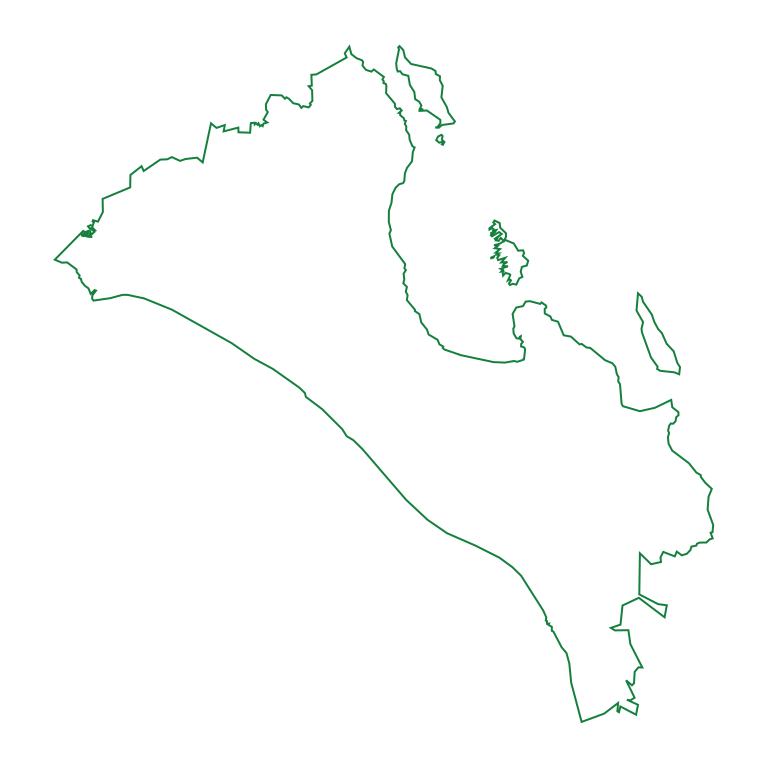 La Paz, Baja California Sur, Mexico
{"feature_id": "50627088B19134439985606", "entity_name": "La Paz", "entity_type": "district", "adm_level": 2, "iso_a3": "MEX", "parent_name": "Mexico", "parent_adm1": "Baja California Sur", "projection": "orthographic", "projection_center": [-110.497, 24.115], "detail": "fine", "context": "isolated", "style": "outline", "palette": "green", "viewbox_px": 768, "rotation_deg": 0, "n_neighbors": 0, "source": "geoboundaries", "source_scale": "gbopen_adm2", "svg_char_len": 6009}
<svg xmlns="http://www.w3.org/2000/svg" viewBox="0 0 768 768"><path d="M93.5,300.6L110.1,298.2L122.4,294.9L127.7,294.9L144.1,298.4L171.8,309.6L231.6,343.1L254.4,358.9L273.0,369.0L299.3,387.6L304.9,393.0L305.9,396.9L322.1,409.1L342.2,429.1L346.7,436.2L353.5,440.3L362.6,449.3L406.1,499.8L427.5,519.8L447.0,533.2L475.2,545.5L499.3,557.6L512.3,567.1L521.1,575.7L543.2,610.5L546.3,617.4L545.8,620.6L546.9,621.0L547.1,623.8L549.0,623.6L548.4,624.8L551.8,626.8L551.8,630.8L553.4,631.6L561.7,647.4L566.5,653.1L569.3,663.4L571.2,682.7L581.6,721.9L604.2,713.6L618.1,703.0L617.4,711.3L619.0,712.2L620.4,706.5L636.1,714.7L638.0,704.8L626.9,699.7L630.3,700.4L634.6,697.7L626.1,680.3L632.0,685.3L634.0,683.3L634.7,671.8L638.5,667.3L642.3,667.5L630.4,644.2L628.4,630.2L614.9,630.4L610.9,627.9L620.5,624.6L622.5,605.5L638.8,597.8L664.6,617.3L666.8,605.3L658.0,604.1L639.3,594.4L639.9,553.3L651.1,564.2L661.0,562.0L660.5,557.4L663.3,551.9L674.8,556.4L676.8,551.6L681.8,555.3L686.8,553.8L690.4,550.1L691.4,546.6L696.3,545.6L697.0,543.7L699.5,542.6L706.4,542.5L709.6,539.4L712.7,538.4L710.6,532.7L712.5,532.2L713.2,525.0L707.6,509.6L708.6,496.7L711.8,488.9L705.3,482.8L701.0,477.2L700.6,475.0L696.4,472.6L688.9,463.2L672.2,450.6L668.6,443.7L667.9,437.1L669.1,433.1L668.1,430.6L669.1,425.9L670.8,423.5L673.2,423.7L675.6,421.1L676.2,417.2L678.5,415.2L678.4,412.1L672.3,407.3L671.2,399.9L654.9,407.8L639.9,411.2L622.9,406.2L621.6,403.7L620.0,384.1L618.2,381.4L618.6,377.0L616.9,374.3L615.3,366.8L612.4,363.3L605.1,360.2L590.2,347.9L586.5,347.5L581.7,343.9L579.6,344.4L570.9,336.6L563.7,335.3L558.0,321.7L551.9,319.9L550.4,316.5L544.8,313.5L544.7,308.9L546.3,307.5L546.1,305.7L541.5,302.4L540.2,303.9L530.0,301.2L525.6,301.6L523.0,306.1L516.3,307.5L512.6,313.9L514.5,326.5L513.3,328.5L513.7,333.6L516.5,338.3L519.1,338.6L519.8,336.8L520.8,336.2L520.4,339.1L522.9,341.8L521.2,343.9L521.1,346.4L524.3,347.5L525.1,349.4L524.0,359.6L523.6,358.0L523.6,359.7L517.3,361.8L514.0,361.0L504.9,362.6L493.5,362.1L461.0,355.2L444.4,349.5L442.7,347.9L443.2,346.5L439.5,344.4L437.6,339.8L428.6,334.5L427.0,329.6L421.3,322.5L419.4,314.1L414.9,311.1L415.0,309.8L406.9,300.1L407.6,295.1L405.8,291.7L406.9,286.9L403.3,283.3L404.3,279.6L403.6,273.7L405.9,270.1L404.4,268.2L405.2,264.1L392.2,246.5L389.4,233.5L390.9,230.2L388.8,221.9L388.9,210.7L391.5,202.7L392.4,194.2L395.6,187.7L399.1,184.3L403.1,183.1L404.3,181.1L404.9,173.4L407.0,167.9L412.0,161.3L412.8,152.3L414.6,147.4L412.3,146.1L409.6,139.5L409.2,134.8L406.1,130.1L406.3,126.5L404.8,123.8L405.9,120.9L404.4,120.5L403.9,118.3L400.2,115.2L400.2,113.1L398.9,112.9L401.7,110.5L399.8,108.3L396.9,109.1L395.0,106.7L394.9,103.7L386.1,93.2L386.4,85.8L385.7,83.8L383.5,83.1L383.8,81.3L382.4,79.5L383.9,77.0L373.8,69.5L371.4,71.6L366.0,69.9L362.5,65.6L363.1,61.9L361.9,60.2L356.6,58.2L351.4,54.2L349.3,46.7L344.8,53.3L346.6,57.5L316.4,74.4L311.4,74.8L311.8,85.7L308.7,86.2L312.1,90.2L312.4,100.9L309.9,103.5L310.8,104.9L308.7,107.4L303.2,106.1L301.3,107.9L299.0,104.5L293.2,103.2L289.0,98.8L286.4,97.3L284.9,98.7L281.8,95.4L270.7,95.0L265.9,104.2L266.1,109.7L267.8,112.1L263.5,119.7L267.3,122.5L263.4,123.6L262.7,126.1L261.2,125.1L259.8,126.2L258.5,123.3L257.5,124.7L256.0,123.1L254.7,124.4L254.5,122.7L250.8,123.2L250.1,132.7L238.5,132.3L238.3,127.6L223.7,131.4L224.8,125.1L216.5,127.9L211.0,123.3L202.7,162.4L197.1,157.7L185.6,159.0L180.1,160.9L171.8,157.1L167.3,159.3L160.3,159.6L143.7,171.0L141.6,166.2L130.4,175.0L130.2,187.4L102.6,198.9L102.9,211.9L98.0,221.6L93.0,220.2L92.6,221.6L93.9,222.4L92.5,226.2L90.8,225.1L88.0,226.3L90.0,228.9L93.0,230.2L91.5,228.1L92.6,227.8L95.2,230.5L93.5,231.0L94.3,231.9L91.4,234.7L89.4,234.4L90.1,236.2L91.3,235.9L89.7,236.8L92.3,237.0L89.4,236.9L84.7,235.8L83.3,236.1L84.0,236.5L82.5,235.8L81.9,234.9L81.9,233.9L82.0,234.9L83.1,234.1L83.1,235.5L83.4,233.6L85.4,234.1L84.6,234.6L85.9,235.6L87.5,235.4L86.5,233.7L87.7,232.7L90.3,234.2L90.8,233.3L90.2,231.4L88.7,230.8L85.0,232.1L83.2,230.9L54.8,259.7L61.9,262.7L67.1,262.4L76.6,269.5L76.7,272.1L79.6,275.4L79.0,277.9L81.0,278.9L81.6,281.7L84.8,285.7L88.5,288.4L90.7,293.9L94.6,290.1L96.0,290.6L92.4,295.3L92.1,298.6L93.5,300.6ZM399.5,46.1L398.2,47.5L399.0,49.4L396.2,63.3L396.7,68.5L397.7,71.5L400.1,71.2L402.5,74.3L408.3,75.8L409.9,85.0L414.3,91.9L415.2,99.2L419.2,101.7L421.4,105.6L420.0,108.5L423.2,109.6L419.5,109.9L419.5,110.9L426.9,110.5L440.3,119.8L440.4,123.2L437.5,127.0L435.3,127.6L438.8,127.7L442.0,125.0L453.6,123.4L454.9,121.4L448.5,112.9L446.9,107.2L441.4,97.4L442.7,85.8L439.8,80.1L440.0,76.3L435.7,73.9L435.6,71.1L431.5,68.5L411.1,64.0L405.0,57.4L403.3,50.1L399.5,46.1ZM679.2,374.3L680.0,367.1L677.3,362.9L673.7,351.3L666.6,343.7L661.9,333.1L658.1,329.0L654.2,321.7L651.9,314.7L643.0,301.7L641.7,296.8L638.0,293.3L636.5,310.6L643.1,322.1L641.5,328.7L642.0,332.5L651.0,357.5L657.6,366.7L657.1,368.9L660.2,370.8L674.3,372.3L679.2,374.3ZM513.8,243.5L505.7,240.1L499.3,243.9L494.1,245.2L497.7,246.0L494.8,248.2L500.0,249.1L496.0,252.4L497.2,252.3L496.6,253.6L498.6,253.5L496.8,254.7L499.2,255.3L497.2,257.7L498.1,260.1L505.2,257.8L501.2,262.5L507.4,262.0L503.8,264.1L502.8,266.0L508.0,266.3L500.6,268.8L502.7,269.8L501.3,271.5L504.3,270.8L502.6,271.8L503.1,275.6L505.5,272.9L509.5,274.1L510.3,275.0L508.0,280.3L509.6,279.3L511.0,280.4L508.9,283.6L510.0,285.0L512.8,283.8L516.3,284.6L519.2,278.4L522.4,276.9L520.7,271.8L521.9,266.9L526.8,265.5L528.2,260.7L522.8,255.8L524.1,253.2L523.1,250.3L518.2,250.7L513.8,243.5ZM499.7,223.1L494.5,220.5L493.3,222.4L495.1,224.1L489.4,228.3L489.5,229.6L492.1,228.1L493.6,229.2L493.1,230.6L496.3,230.0L494.9,232.1L490.4,233.2L492.7,233.7L490.9,235.3L491.9,236.3L499.1,232.1L501.7,234.0L494.2,239.2L497.3,238.3L496.0,240.4L498.7,240.8L500.7,237.9L503.8,241.1L506.0,236.9L505.9,233.2L500.2,227.7L499.7,223.1ZM442.6,136.0L441.4,134.8L438.0,136.6L436.2,140.1L439.3,142.7L442.2,141.9L443.0,143.4L442.0,144.3L442.9,144.8L444.4,142.0L441.9,139.8L442.6,136.0ZM494.2,256.2L491.1,257.6L491.3,258.3L493.4,257.7L494.2,256.2Z" fill="none" stroke="#15803d" stroke-width="2"/></svg>